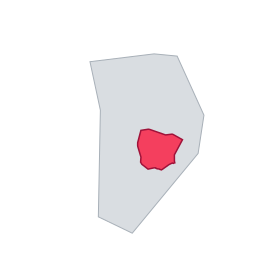 Saint Thomas on a map of Barbados (orthographic projection), rotated 221°
{"feature_id": "BRB-1999", "entity_name": "Saint Thomas", "entity_type": "Parish", "adm_level": 1, "iso_a3": "BRB", "parent_name": "Barbados", "parent_adm1": "", "projection": "orthographic", "projection_center": [-59.606, 13.184], "detail": "fine", "context": "in_parent", "style": "filled", "palette": "rose", "viewbox_px": 256, "rotation_deg": 221, "n_neighbors": 0, "source": "natural_earth", "source_scale": "10m", "svg_char_len": 869}
<svg xmlns="http://www.w3.org/2000/svg" viewBox="0 0 256 256"><g transform="rotate(221 128 128)"><path d="M156.9,201.1L138.1,214.5L79.1,187.5L58.4,154.8L55.8,51.4L92.1,41.5L160.5,123.3L200.2,153.1L156.9,201.1Z" fill="#d9dde1" stroke="#a8b0b8" stroke-width="1"/><path d="M93.7,109.7L96.1,110.5L99.1,114.5L108.4,120.4L109.3,121.2L111.1,123.3L116.7,134.7L111.9,140.4L110.6,141.2L95.1,147.4L90.7,152.3L89.8,152.7L79.2,154.9L75.4,138.2L71.1,133.3L70.2,132.8L69.9,132.4L70.1,132.3L70.2,131.9L70.4,131.3L70.6,131.0L70.9,130.9L71.5,130.7L72.2,129.3L73.1,127.1L74.9,119.5L75.3,118.3L76.5,117.8L76.8,117.6L77.1,117.6L77.3,117.6L77.5,117.5L77.7,117.4L77.9,117.3L78.6,116.7L78.8,116.6L79.1,116.5L79.6,116.2L79.8,116.1L80.2,116.0L80.3,116.1L80.6,116.1L80.9,115.9L81.0,115.8L81.3,115.9L82.3,114.9L85.9,110.1L93.7,109.7Z" fill="#f43f5e" stroke="#9f1239" stroke-width="1.5"/></g></svg>